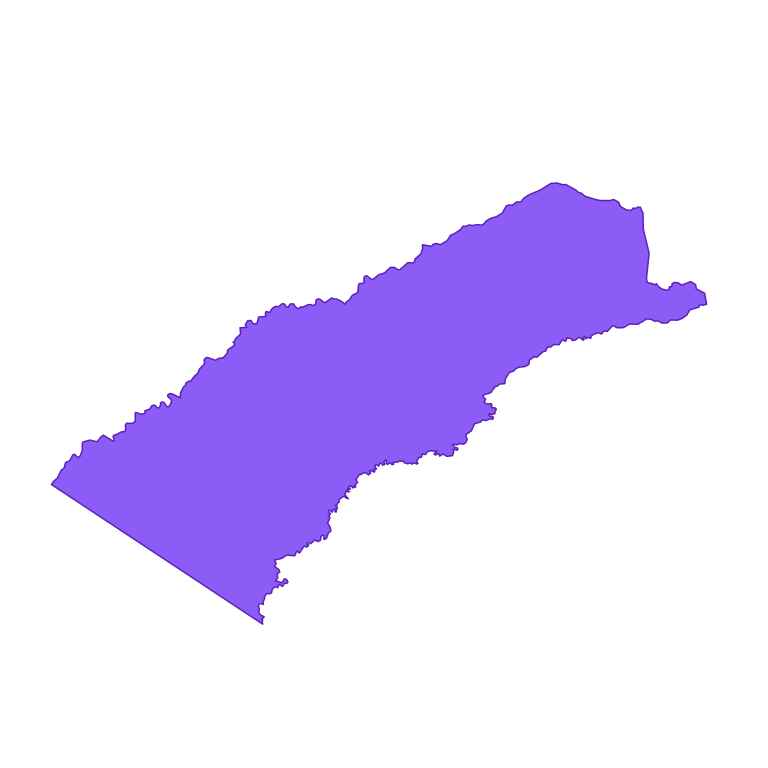 outline of Castilla La Nueva, Meta, Colombia, rotated 135°
{"feature_id": "7082276B35606962606401", "entity_name": "Castilla La Nueva", "entity_type": "district", "adm_level": 2, "iso_a3": "COL", "parent_name": "Colombia", "parent_adm1": "Meta", "projection": "orthographic", "projection_center": [-73.54, 3.813], "detail": "fine", "context": "isolated", "style": "filled", "palette": "violet", "viewbox_px": 768, "rotation_deg": 135, "n_neighbors": 0, "source": "geoboundaries", "source_scale": "gbopen_adm2", "svg_char_len": 6153}
<svg xmlns="http://www.w3.org/2000/svg" viewBox="0 0 768 768"><g transform="rotate(135 384 384)"><path d="M99.5,212.3L93.1,221.5L95.9,230.4L93.4,233.9L94.7,239.5L103.6,243.5L104.3,247.1L106.8,250.5L109.3,251.2L111.5,249.5L113.5,250.8L115.8,249.4L117.4,250.0L120.3,254.4L121.1,259.3L120.4,261.7L120.7,262.4L122.9,262.7L123.0,264.8L125.6,268.6L125.8,270.1L123.8,273.0L104.0,289.1L91.2,310.1L80.1,321.6L77.8,328.0L79.7,329.6L82.2,330.4L83.4,332.2L86.1,331.8L89.4,335.4L91.3,342.3L89.6,346.7L91.2,352.0L94.7,354.1L101.7,361.2L104.6,366.0L109.1,374.6L109.5,379.3L111.0,381.7L111.2,385.5L114.4,396.5L116.4,398.1L119.5,403.6L124.1,407.8L136.6,410.7L147.5,415.2L153.6,416.5L158.7,416.0L161.5,419.0L166.9,419.7L168.8,422.1L171.7,423.5L179.4,421.2L186.5,423.0L190.9,425.5L195.9,426.9L201.1,426.7L202.8,427.4L205.0,430.5L209.2,433.4L211.3,436.2L214.8,437.8L216.9,439.8L220.4,439.0L228.2,440.6L231.8,442.1L238.0,440.7L245.5,442.6L247.9,446.6L250.4,448.0L253.1,447.8L258.2,455.1L259.6,454.4L260.3,452.8L265.9,450.0L273.8,450.4L275.8,448.7L278.5,449.6L281.2,452.9L291.9,453.6L293.3,454.9L294.3,459.4L297.3,462.0L304.9,462.1L310.6,465.1L317.7,465.6L319.1,467.8L319.5,472.3L320.9,473.7L322.6,473.6L326.4,470.0L328.2,470.3L329.9,472.2L331.6,472.4L337.9,467.2L343.6,469.1L349.6,467.9L352.5,468.7L355.1,467.8L355.6,472.4L357.3,477.4L359.2,479.3L360.1,481.8L368.0,483.1L368.9,484.9L369.4,489.6L371.2,491.3L372.8,491.3L375.6,489.0L377.1,489.0L379.0,490.0L379.8,492.2L381.7,493.8L386.3,495.4L388.3,497.3L391.5,497.8L392.1,501.1L391.3,504.5L393.6,506.9L397.4,506.2L398.4,507.9L397.8,510.7L399.0,512.7L404.1,513.3L405.7,515.5L409.1,516.5L414.5,515.5L416.0,518.6L417.6,518.1L419.5,515.8L420.5,515.9L425.2,520.0L430.9,516.6L434.0,518.8L433.1,522.9L435.7,525.1L440.1,524.0L441.2,521.2L446.0,525.5L450.2,520.7L456.7,521.0L459.9,519.9L461.1,520.2L461.0,519.0L462.4,517.1L470.5,518.6L473.2,516.6L479.0,516.2L483.0,519.1L486.3,519.8L490.3,527.9L492.7,528.7L494.5,528.0L496.0,525.7L497.3,525.1L503.9,525.1L507.6,523.3L512.5,523.6L518.4,522.7L520.7,524.3L523.4,524.7L525.7,523.4L527.9,523.7L534.1,521.6L537.9,518.4L540.8,526.9L542.4,528.8L544.3,529.2L545.7,528.3L545.5,523.5L547.1,521.5L552.0,520.1L553.6,521.4L552.6,526.7L553.9,528.4L555.3,528.6L557.8,526.6L560.2,526.4L561.0,527.3L561.0,530.7L562.2,532.3L563.9,532.8L567.3,531.9L571.9,534.1L573.5,532.7L574.8,532.8L576.8,534.1L579.7,539.5L580.6,539.3L585.9,533.7L589.5,533.8L593.8,538.3L596.0,537.8L598.6,534.6L601.1,533.8L603.6,535.9L607.9,537.0L611.6,538.9L613.3,537.7L614.1,535.3L616.0,535.1L618.6,546.2L621.5,546.7L627.8,546.0L631.6,552.3L637.7,555.7L639.1,555.5L644.5,550.2L650.1,547.9L652.5,548.5L652.5,553.2L654.1,553.9L660.4,552.0L664.7,553.6L669.7,550.8L673.5,551.2L681.5,548.4L686.7,548.8L690.2,547.9L639.5,299.5L639.0,301.4L636.9,302.7L636.3,304.2L634.1,303.8L633.4,304.4L634.6,307.9L634.3,310.8L630.8,313.5L630.3,315.5L628.2,316.6L626.6,316.1L625.1,313.6L623.5,315.4L620.4,316.6L618.3,318.4L614.6,318.5L613.3,316.5L611.3,315.8L608.4,317.7L606.2,318.0L603.8,317.2L603.2,315.2L601.2,316.3L599.9,316.0L598.8,312.6L595.7,313.4L593.6,311.8L592.2,311.8L591.3,313.5L591.5,315.9L592.7,316.7L595.3,315.6L596.9,316.1L599.8,321.4L596.1,322.1L593.8,325.2L590.5,324.9L589.6,327.0L590.5,332.4L587.5,333.0L585.6,336.8L579.4,332.9L573.9,331.8L568.5,325.6L564.7,327.4L563.3,327.0L563.7,325.3L562.9,324.3L555.8,325.8L554.8,325.6L554.1,323.5L552.6,323.0L551.2,323.5L551.8,324.9L550.5,325.8L549.4,325.1L548.7,322.9L543.2,322.6L542.1,319.2L539.2,318.5L536.5,320.7L534.4,320.7L533.8,318.8L535.7,317.6L536.1,316.4L534.0,315.5L528.7,318.0L525.6,317.6L523.3,321.0L522.1,325.6L516.7,327.7L516.2,330.7L514.7,329.8L513.6,330.1L513.8,332.8L512.8,333.5L511.6,333.2L511.3,330.1L508.6,330.9L507.1,330.3L507.2,329.4L508.9,328.4L508.5,327.4L504.3,329.7L504.1,332.5L502.9,331.6L500.6,332.7L499.1,332.2L498.3,333.5L496.3,334.0L491.7,333.1L491.2,329.7L490.4,328.6L489.9,333.5L487.5,334.7L486.4,334.7L485.6,332.9L484.6,332.5L485.0,335.1L484.2,335.2L482.4,333.7L481.9,334.4L483.1,335.7L481.1,336.3L478.9,334.6L479.8,333.0L476.9,331.2L476.4,331.8L477.2,333.0L472.3,333.1L471.5,336.2L465.3,337.4L464.3,336.2L461.2,335.8L459.5,333.3L459.2,330.7L456.5,330.4L456.0,332.5L454.8,332.5L453.1,328.6L452.0,329.0L451.7,330.6L449.5,329.3L448.6,332.0L447.6,332.8L446.3,332.2L445.9,329.8L443.1,330.6L441.8,329.9L442.4,327.8L441.2,326.7L439.9,327.0L439.6,328.9L436.4,329.1L436.4,328.2L438.6,326.0L438.4,324.7L435.5,324.3L435.3,321.1L433.6,320.6L432.9,322.2L429.3,319.0L427.1,318.5L426.8,317.5L425.0,316.3L425.3,314.2L423.7,310.8L421.6,309.8L420.9,307.6L418.6,306.9L417.2,304.1L416.2,303.9L415.7,305.8L414.4,306.7L411.3,307.4L409.8,306.0L408.4,306.0L406.2,307.5L404.5,304.7L401.4,305.5L398.6,304.1L394.3,299.1L395.3,298.6L397.5,299.4L398.2,298.5L397.8,297.5L394.6,295.9L395.5,293.6L391.6,292.7L390.7,288.3L386.2,284.9L383.1,286.5L381.0,288.8L379.1,285.4L377.6,285.8L377.4,286.9L378.9,289.3L378.6,292.5L377.5,292.4L376.0,289.8L372.5,288.3L370.4,285.2L367.6,284.7L364.4,285.9L362.3,290.3L355.2,289.1L348.1,291.9L342.7,288.9L339.5,288.9L337.9,286.1L333.7,284.4L332.3,282.5L331.1,282.3L330.1,283.8L331.9,286.4L331.5,288.4L330.2,288.2L329.4,286.1L326.4,284.7L325.0,286.3L323.2,286.3L322.3,287.1L322.3,288.4L324.7,291.4L322.5,293.0L322.1,294.3L325.2,296.9L326.3,300.1L322.9,301.5L323.0,305.2L321.5,305.9L314.7,302.4L307.3,303.5L304.9,302.3L302.2,302.2L298.6,299.0L297.7,299.1L295.4,301.5L287.6,303.6L283.1,301.5L280.0,301.7L276.4,300.3L272.6,297.1L269.1,295.6L267.0,295.8L264.3,298.2L258.8,297.1L256.7,294.8L248.9,294.4L246.4,293.0L242.5,294.5L240.1,292.4L236.1,291.9L232.4,288.0L227.2,289.2L226.4,288.7L225.4,285.8L221.7,287.1L219.5,283.4L220.1,281.6L217.5,279.8L213.2,279.1L212.4,277.7L212.6,274.9L211.9,274.1L211.0,274.1L210.6,275.8L208.6,275.6L209.1,273.3L206.6,272.5L205.6,270.2L203.5,271.3L200.6,270.9L195.7,268.4L195.1,265.7L190.7,265.9L188.9,263.3L181.8,263.6L180.3,262.5L179.8,259.7L178.7,258.1L174.7,254.5L168.2,252.9L162.1,246.7L152.1,244.2L149.3,240.8L148.5,237.5L145.6,234.6L144.2,230.3L140.4,226.8L136.3,226.8L131.3,221.6L126.7,219.5L120.9,218.7L115.2,220.2L107.2,215.7L104.8,217.1L102.7,214.1L99.5,212.3Z" fill="#8b5cf6" stroke="#5b21b6" stroke-width="1.5"/></g></svg>